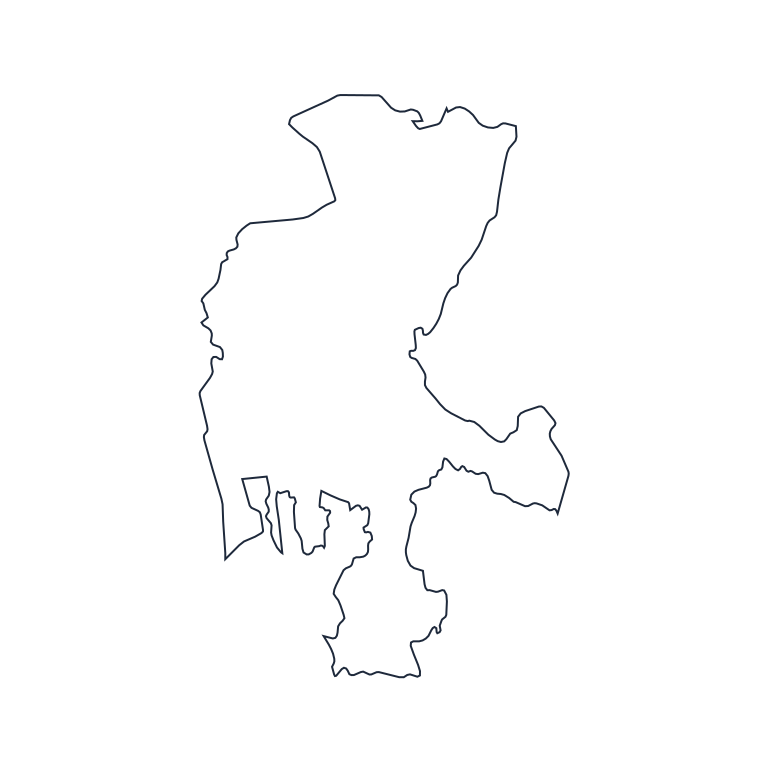 Zacatecas, Natural Earth projection, rotated 342°
{"feature_id": "MEX-2713", "entity_name": "Zacatecas", "entity_type": "State", "adm_level": 1, "iso_a3": "MEX", "parent_name": "Mexico", "parent_adm1": "", "projection": "natural_earth1", "projection_center": [-102.796, 23.104], "detail": "fine", "context": "isolated", "style": "outline", "palette": "slate", "viewbox_px": 768, "rotation_deg": 342, "n_neighbors": 0, "source": "natural_earth", "source_scale": "10m", "svg_char_len": 6163}
<svg xmlns="http://www.w3.org/2000/svg" viewBox="0 0 768 768"><g transform="rotate(342 384 384)"><path d="M589.1,179.5L586.4,189.8L584.3,193.2L575.8,198.5L572.6,202.2L567.2,211.2L555.5,232.9L549.8,243.9L544.7,255.1L542.8,258.2L540.6,259.6L535.0,261.1L532.4,262.8L530.0,265.4L521.5,276.9L516.7,281.9L505.9,290.8L496.4,296.3L491.8,299.6L488.0,303.7L485.6,310.3L484.2,312.1L482.5,313.0L478.5,313.5L476.6,314.2L472.5,317.2L468.7,321.2L465.4,325.6L459.6,335.0L456.2,339.1L452.4,342.8L448.4,346.0L443.9,349.0L441.4,350.0L439.1,350.3L437.0,349.2L436.9,347.4L437.5,345.2L437.6,343.3L436.3,341.8L434.3,341.5L430.1,342.0L429.2,343.3L428.4,346.1L426.2,356.9L425.4,359.7L423.9,361.4L422.0,361.5L420.1,360.8L418.6,360.9L417.4,363.6L417.3,366.3L418.3,367.7L421.6,369.9L422.8,372.1L425.7,384.5L426.1,387.7L425.5,390.7L423.7,394.3L422.6,397.7L423.1,400.9L428.6,413.9L431.1,420.5L434.4,427.2L438.8,432.6L449.9,443.8L452.3,445.2L453.7,445.2L458.1,448.0L461.8,453.2L467.6,464.5L472.3,471.1L474.5,473.5L477.3,475.3L480.6,475.7L483.3,474.3L488.7,470.2L492.2,469.9L496.0,468.9L498.2,465.3L501.4,456.6L504.9,454.2L509.9,453.4L524.4,453.3L526.8,454.0L528.7,456.1L534.6,471.3L535.0,474.2L533.8,476.0L529.5,478.5L527.6,480.4L526.3,482.5L525.6,485.1L525.5,488.1L530.7,507.1L532.3,524.4L532.0,526.3L531.0,528.4L509.1,560.9L508.8,557.7L508.1,555.9L506.8,555.3L504.5,555.7L502.4,555.3L497.0,548.3L492.2,544.7L490.5,543.9L488.7,543.7L483.4,544.6L480.4,543.8L472.7,537.0L470.9,536.1L467.8,531.1L464.1,526.7L461.1,524.7L457.8,523.3L455.1,521.4L453.7,517.9L454.2,508.5L454.1,503.6L452.8,500.1L450.6,498.9L445.7,498.8L443.4,497.7L440.7,494.3L439.4,493.4L437.1,493.5L435.7,492.0L434.6,487.7L433.1,486.3L431.5,486.9L430.2,488.2L427.8,489.0L425.7,486.9L424.1,483.7L421.9,477.9L420.3,474.7L418.4,473.5L416.2,476.1L413.8,481.3L412.1,483.0L409.8,483.0L408.3,483.7L406.4,486.5L405.1,487.7L404.0,488.0L400.6,487.7L399.1,488.2L398.2,489.6L397.3,492.9L396.4,494.5L394.8,495.5L392.6,495.8L384.1,495.3L379.7,495.7L375.8,497.7L373.2,502.1L373.6,504.4L375.2,506.4L376.5,508.8L376.0,512.4L374.4,515.9L372.3,519.0L367.4,524.7L365.2,527.7L359.8,538.0L355.1,545.4L353.7,548.0L352.8,550.8L352.3,553.6L352.0,559.5L353.1,564.9L355.7,568.4L363.3,573.7L360.7,587.0L360.5,590.7L361.5,593.5L363.8,594.2L369.2,597.8L371.2,598.2L375.7,598.0L377.4,599.0L378.2,603.8L376.6,610.3L371.9,622.8L370.5,624.4L366.5,625.9L365.7,626.7L362.3,631.1L361.7,635.8L360.2,637.2L357.7,637.5L357.4,636.2L358.3,632.4L356.9,630.7L354.9,631.2L352.8,632.9L348.5,637.3L345.1,639.0L341.5,639.8L337.9,639.6L332.3,637.8L329.8,638.2L328.5,641.3L328.8,650.6L329.6,661.7L329.5,668.2L328.1,672.3L325.3,672.7L319.0,668.2L316.2,667.9L312.2,669.0L307.8,667.5L290.1,656.4L287.9,655.8L282.2,656.3L280.4,655.8L275.3,651.1L272.9,650.8L265.5,651.5L263.1,650.8L261.4,649.3L260.9,645.4L260.1,642.9L258.2,641.5L255.7,642.1L248.4,646.7L247.1,646.6L246.8,644.8L247.2,636.9L249.8,634.3L251.1,632.4L251.8,629.9L252.2,624.8L251.8,619.6L251.0,614.8L248.7,605.1L256.7,610.2L259.3,610.4L261.4,608.8L263.0,606.1L265.5,600.3L268.2,598.0L271.5,596.4L274.0,594.5L274.3,591.0L274.2,581.0L273.7,575.5L272.3,571.7L271.3,568.0L273.2,564.2L276.2,560.6L288.0,548.6L290.8,547.5L295.2,547.1L296.6,546.6L297.8,545.6L301.2,540.6L304.1,540.2L307.5,541.3L311.0,541.8L313.2,541.4L315.2,540.4L316.8,538.8L317.8,536.5L318.9,532.8L319.9,530.7L321.7,529.4L324.6,528.2L325.4,524.8L325.1,521.1L323.0,519.7L321.2,519.6L320.0,519.0L319.8,515.7L320.2,514.2L324.5,513.1L325.9,511.6L329.8,503.4L330.5,500.9L330.7,498.4L330.0,496.4L328.7,495.8L324.3,496.8L323.1,492.3L321.6,491.3L319.7,491.2L312.9,493.5L313.9,486.7L313.4,485.3L306.3,480.1L298.7,473.4L291.4,466.3L287.8,473.3L285.0,480.1L285.0,481.2L287.4,482.4L288.3,483.4L289.1,486.0L292.8,487.2L293.4,488.2L293.0,489.8L289.2,492.6L288.0,495.8L287.9,499.4L287.4,502.3L282.6,504.7L280.9,508.4L277.7,519.7L276.4,521.2L276.0,519.8L275.2,518.7L274.0,518.1L272.3,518.2L268.2,517.4L267.2,517.8L264.3,521.3L262.7,522.2L259.7,522.8L257.8,522.2L255.4,519.4L255.5,515.5L257.2,507.8L257.2,505.1L256.3,499.7L254.9,495.2L254.9,493.5L258.8,477.8L261.1,471.4L263.6,469.3L263.8,465.2L263.4,464.0L260.2,463.2L259.4,462.5L259.3,461.0L260.1,457.7L259.5,456.2L258.0,455.8L251.6,455.8L249.7,453.7L248.4,454.8L245.8,460.3L244.2,467.2L242.0,480.5L235.0,513.5L234.0,512.2L231.7,506.4L230.6,498.5L230.3,493.3L230.7,490.4L233.4,483.7L233.4,481.4L230.9,475.3L230.9,473.2L232.1,471.9L234.9,469.8L235.6,467.8L235.7,465.7L235.1,461.5L235.2,459.0L236.2,457.4L239.9,454.6L241.8,451.3L242.8,446.0L243.8,435.8L219.8,430.6L218.7,458.2L219.7,460.8L225.1,465.8L226.3,467.6L226.4,470.0L223.8,485.6L223.3,486.9L221.4,487.9L214.2,489.4L202.2,490.5L196.5,492.6L178.9,501.6L180.8,495.8L188.5,465.3L193.3,448.5L193.9,442.8L194.6,412.5L195.8,382.1L196.3,378.8L197.2,376.9L201.2,374.3L202.2,372.5L202.8,369.1L205.3,337.7L205.9,335.6L207.2,334.0L220.4,324.4L223.6,321.4L225.0,319.2L226.1,311.1L227.7,307.2L230.1,305.6L232.8,306.4L235.4,309.6L237.6,310.4L239.3,308.1L240.3,304.6L240.7,301.7L239.4,298.2L233.6,293.7L232.3,290.4L235.2,284.8L235.8,282.7L235.6,279.5L234.2,276.8L230.3,272.4L229.4,269.1L237.0,266.3L237.1,261.8L236.5,258.1L237.1,251.5L236.2,248.7L237.4,246.7L241.7,244.0L253.0,238.6L256.8,235.9L259.2,232.8L263.7,225.0L266.2,219.6L267.7,218.2L273.7,216.9L274.4,214.9L274.2,212.7L274.9,210.9L276.4,209.7L278.2,209.4L282.7,209.6L285.1,209.2L287.0,208.1L287.9,206.1L288.2,201.3L288.8,199.0L292.0,195.7L297.0,192.9L302.3,190.9L306.4,189.8L347.9,199.3L358.6,201.2L363.7,201.3L369.0,200.2L379.5,197.0L384.9,195.8L393.2,194.9L394.5,194.1L394.9,192.2L394.7,143.2L393.4,137.9L390.3,132.8L383.3,123.7L380.8,119.8L376.1,111.7L374.0,107.5L376.1,104.0L378.0,102.2L380.4,101.5L418.5,97.2L428.7,95.3L431.8,95.7L468.3,107.9L470.4,110.3L476.1,123.4L479.2,127.2L483.4,129.9L488.0,131.2L494.3,131.2L496.4,132.2L499.9,135.0L500.9,137.0L501.4,139.9L501.8,145.6L497.1,144.5L492.5,142.9L494.2,148.5L495.5,151.3L496.8,152.5L515.0,153.6L517.3,153.2L519.4,151.8L528.7,141.2L529.0,144.9L538.0,143.3L541.9,144.1L545.9,147.0L549.2,151.1L551.8,155.7L554.8,164.9L557.7,168.8L562.1,172.1L567.0,174.2L571.3,174.5L575.7,173.1L577.8,172.9L580.0,173.7L589.1,179.5Z" fill="none" stroke="#1e293b" stroke-width="2"/></g></svg>